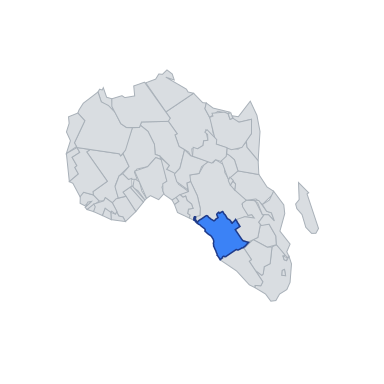 where Angola sits in Africa, rotated 326°
{"feature_id": "AGO", "entity_name": "Angola", "entity_type": "country or territory", "adm_level": 0, "iso_a3": "AGO", "parent_name": "Africa", "parent_adm1": "", "projection": "equal_earth", "projection_center": [17.424, -11.224], "detail": "fine", "context": "in_parent", "style": "filled", "palette": "blue", "viewbox_px": 384, "rotation_deg": 326, "n_neighbors": 49, "source": "natural_earth", "source_scale": "50m", "svg_char_len": 13874}
<svg xmlns="http://www.w3.org/2000/svg" viewBox="0 0 384 384"><g transform="rotate(326 192 192)"><path d="M241.9,200.2L257.2,214.9L257.0,229.8L260.1,237.0L257.7,239.2L243.3,241.7L241.1,233.5L232.4,229.3L229.2,222.1L228.5,214.2L232.6,209.7L231.7,200.9L241.9,200.2Z" fill="#d9dde1" stroke="#a8b0b8" stroke-width="1"/><path d="M121.5,90.8L121.1,96.4L112.0,96.2L111.3,105.8L108.6,106.1L107.9,113.5L96.1,114.8L109.4,89.8L121.5,90.8Z" fill="#d9dde1" stroke="#a8b0b8" stroke-width="1"/><path d="M228.5,214.2L232.4,229.3L226.6,230.0L225.4,242.7L228.9,244.2L229.1,248.4L221.9,242.0L207.4,240.0L206.2,225.1L201.5,223.8L198.3,227.9L193.8,228.2L190.5,219.6L178.4,219.3L182.5,214.2L185.4,216.0L189.6,210.4L194.3,198.2L197.0,179.9L199.7,176.7L208.2,180.6L217.7,175.8L222.7,175.9L225.8,179.6L229.6,178.4L233.9,187.8L230.1,194.1L228.5,214.2Z" fill="#d9dde1" stroke="#a8b0b8" stroke-width="1"/><path d="M264.3,203.1L262.5,185.5L265.8,179.8L274.0,176.8L282.0,165.0L270.0,160.4L266.6,155.0L268.2,151.5L272.5,155.5L291.1,149.3L288.7,164.7L282.2,179.9L264.3,203.1Z" fill="#d9dde1" stroke="#a8b0b8" stroke-width="1"/><path d="M257.2,214.9L241.9,200.2L245.2,189.0L242.1,179.8L245.8,174.8L254.1,182.3L265.0,181.1L262.5,185.5L264.3,203.1L257.2,214.9Z" fill="#d9dde1" stroke="#a8b0b8" stroke-width="1"/><path d="M214.5,164.1L212.2,162.4L211.2,161.3L211.5,156.9L206.7,147.1L209.8,135.1L212.3,135.4L211.9,118.6L215.2,118.6L215.1,111.0L248.5,111.0L250.8,123.9L253.6,126.2L249.3,130.2L248.0,143.3L242.5,154.8L241.8,162.4L238.0,148.5L234.1,158.0L230.2,156.1L227.2,159.6L220.8,159.3L215.9,156.1L212.5,162.6L214.5,164.1Z" fill="#d9dde1" stroke="#a8b0b8" stroke-width="1"/><path d="M211.9,120.2L212.3,135.4L209.8,135.1L206.7,147.1L209.5,152.8L195.3,165.5L187.5,167.3L183.6,159.0L188.0,157.3L185.5,144.2L182.5,140.2L187.5,131.5L189.4,117.1L186.5,107.7L189.3,105.7L211.9,120.2Z" fill="#d9dde1" stroke="#a8b0b8" stroke-width="1"/><path d="M190.7,306.5L192.0,304.7L196.6,308.2L200.5,306.1L200.6,292.4L203.3,300.1L205.3,299.7L210.1,294.3L216.7,295.1L227.6,282.3L232.5,282.9L234.3,290.9L233.8,296.4L231.6,296.0L230.5,299.7L232.0,301.8L236.4,299.7L234.3,307.2L222.8,321.7L216.1,325.9L207.5,325.6L200.8,328.9L196.3,326.6L195.9,317.7L190.7,306.5ZM225.4,307.9L223.0,307.5L219.9,311.3L222.8,313.7L225.4,307.9Z" fill="#d9dde1" stroke="#a8b0b8" stroke-width="1"/><path d="M225.4,307.9L222.8,313.7L219.9,311.3L223.0,307.5L225.4,307.9Z" fill="#d9dde1" stroke="#a8b0b8" stroke-width="1"/><path d="M232.5,282.9L223.6,280.0L216.1,265.7L221.2,266.5L230.6,257.1L237.9,261.8L236.9,275.5L232.5,282.9Z" fill="#d9dde1" stroke="#a8b0b8" stroke-width="1"/><path d="M227.6,282.3L216.7,295.1L210.1,294.3L205.3,299.7L203.3,300.1L200.6,292.4L200.7,281.4L203.5,281.3L203.6,267.7L216.1,265.7L223.6,280.0L227.6,282.3Z" fill="#d9dde1" stroke="#a8b0b8" stroke-width="1"/><path d="M200.7,281.4L200.5,306.1L196.6,308.2L192.0,304.7L190.7,306.5L187.6,301.0L184.8,282.4L177.4,264.1L215.6,265.1L203.6,267.7L203.5,281.3L200.7,281.4Z" fill="#d9dde1" stroke="#a8b0b8" stroke-width="1"/><path d="M95.3,143.2L92.9,138.8L97.6,132.2L102.0,131.6L108.6,139.3L110.1,147.7L95.2,147.9L94.8,144.9L103.5,143.6L95.3,143.2Z" fill="#d9dde1" stroke="#a8b0b8" stroke-width="1"/><path d="M110.1,147.7L108.6,139.3L110.1,136.3L127.8,135.8L127.1,99.9L131.3,99.8L153.1,119.7L153.1,122.2L156.3,121.8L154.1,135.6L140.5,137.9L131.9,143.7L127.5,155.8L119.9,156.4L117.0,148.2L113.9,150.0L110.1,147.7Z" fill="#d9dde1" stroke="#a8b0b8" stroke-width="1"/><path d="M96.1,114.8L107.9,113.5L108.6,106.1L111.3,105.8L112.0,96.2L121.1,96.4L121.5,90.8L131.3,99.8L127.1,99.9L127.8,135.8L110.1,136.3L108.6,139.3L102.0,131.6L96.5,133.4L98.1,118.2L96.1,114.8Z" fill="#d9dde1" stroke="#a8b0b8" stroke-width="1"/><path d="M150.8,171.9L148.4,172.3L147.9,160.6L145.4,155.4L151.6,148.5L154.2,154.3L151.0,163.1L150.8,171.9Z" fill="#d9dde1" stroke="#a8b0b8" stroke-width="1"/><path d="M186.5,107.7L189.4,117.1L187.5,131.5L182.5,140.2L185.5,144.2L184.3,147.5L181.2,143.2L169.4,146.2L159.2,142.2L155.3,143.5L153.7,150.7L146.3,146.1L144.7,138.1L154.1,135.6L156.3,121.8L178.5,105.4L184.5,109.1L186.5,107.7Z" fill="#d9dde1" stroke="#a8b0b8" stroke-width="1"/><path d="M150.8,171.9L156.1,142.6L169.4,146.2L181.2,143.2L185.5,149.1L177.2,169.0L169.8,171.1L167.7,177.7L160.1,179.7L155.5,171.8L150.8,171.9Z" fill="#d9dde1" stroke="#a8b0b8" stroke-width="1"/><path d="M185.2,146.1L188.0,157.3L183.6,159.0L187.9,166.2L185.1,177.9L189.4,189.7L171.0,187.5L167.6,178.8L168.4,174.9L172.4,168.8L177.2,169.0L185.2,146.1Z" fill="#d9dde1" stroke="#a8b0b8" stroke-width="1"/><path d="M145.8,153.3L148.4,172.3L146.0,173.2L143.1,154.5L145.8,153.3Z" fill="#d9dde1" stroke="#a8b0b8" stroke-width="1"/><path d="M143.3,153.2L146.0,173.2L134.5,176.8L134.7,153.5L143.3,153.2Z" fill="#d9dde1" stroke="#a8b0b8" stroke-width="1"/><path d="M119.9,156.4L125.2,155.2L134.9,158.6L134.5,176.8L120.3,179.3L120.8,174.0L117.9,171.0L119.9,156.4Z" fill="#d9dde1" stroke="#a8b0b8" stroke-width="1"/><path d="M103.8,147.1L113.9,150.0L117.0,148.2L119.9,156.4L118.9,166.3L116.2,167.7L114.7,162.9L112.5,163.7L110.9,157.0L104.6,161.5L99.4,153.2L103.8,147.1Z" fill="#d9dde1" stroke="#a8b0b8" stroke-width="1"/><path d="M95.2,147.9L103.8,147.1L103.5,150.2L99.4,153.2L95.2,147.9Z" fill="#d9dde1" stroke="#a8b0b8" stroke-width="1"/><path d="M118.4,166.3L117.9,171.0L120.8,174.0L120.3,179.3L109.6,169.8L113.3,163.4L116.2,167.7L118.4,166.3Z" fill="#d9dde1" stroke="#a8b0b8" stroke-width="1"/><path d="M104.6,161.5L110.9,157.0L113.3,163.4L109.6,169.8L104.6,161.5Z" fill="#d9dde1" stroke="#a8b0b8" stroke-width="1"/><path d="M127.5,155.8L131.1,144.6L140.5,137.9L144.7,138.1L146.3,146.1L149.7,147.0L145.8,153.3L134.7,153.5L134.9,158.6L127.5,155.8Z" fill="#d9dde1" stroke="#a8b0b8" stroke-width="1"/><path d="M222.7,175.9L214.1,176.4L208.2,180.6L199.7,176.7L196.7,182.7L192.9,181.8L189.6,187.6L185.1,175.0L187.5,167.3L195.3,165.5L209.5,152.8L211.2,161.3L222.7,175.9Z" fill="#d9dde1" stroke="#a8b0b8" stroke-width="1"/><path d="M196.7,182.7L194.3,198.2L189.6,210.4L185.4,216.0L179.7,213.9L177.6,216.3L175.2,212.1L177.4,210.0L176.3,207.4L179.5,204.2L183.7,206.2L184.9,201.7L183.2,196.3L184.5,191.8L181.6,191.3L181.0,187.6L189.4,189.7L192.9,181.8L196.7,182.7Z" fill="#d9dde1" stroke="#a8b0b8" stroke-width="1"/><path d="M175.7,187.6L180.6,187.3L181.6,191.3L184.5,191.8L183.2,196.3L184.9,201.7L183.7,206.2L179.5,204.2L176.3,207.4L177.4,210.0L175.2,212.1L168.5,200.9L170.5,192.5L175.8,192.3L175.7,187.6Z" fill="#d9dde1" stroke="#a8b0b8" stroke-width="1"/><path d="M171.0,187.5L175.7,187.6L175.8,192.3L170.5,192.5L171.0,187.5Z" fill="#d9dde1" stroke="#a8b0b8" stroke-width="1"/><path d="M232.4,229.3L239.6,234.5L237.7,250.2L239.2,251.2L230.4,254.4L230.6,257.1L221.2,266.5L210.2,264.9L206.5,259.4L206.7,247.0L212.7,247.1L212.5,239.4L221.9,242.0L229.1,248.4L228.9,244.2L225.4,242.7L225.7,232.5L227.4,229.5L232.4,229.3Z" fill="#d9dde1" stroke="#a8b0b8" stroke-width="1"/><path d="M238.2,232.7L242.6,236.4L243.1,249.7L246.2,253.7L244.1,262.1L242.7,253.7L237.7,250.2L240.3,237.8L238.2,232.7Z" fill="#d9dde1" stroke="#a8b0b8" stroke-width="1"/><path d="M243.3,241.7L251.7,241.9L260.1,237.0L260.9,254.0L256.8,261.8L243.0,273.6L244.2,290.0L237.1,294.6L236.4,299.7L234.3,299.7L232.5,282.9L236.9,275.5L237.9,261.8L230.8,258.6L230.4,254.4L239.2,251.2L242.7,253.7L244.1,262.1L246.2,253.7L243.1,249.7L243.3,241.7Z" fill="#d9dde1" stroke="#a8b0b8" stroke-width="1"/><path d="M234.3,299.7L232.0,301.8L230.5,299.7L231.6,296.0L234.3,299.7Z" fill="#d9dde1" stroke="#a8b0b8" stroke-width="1"/><path d="M231.8,206.0L232.6,209.7L228.5,214.2L227.6,207.7L231.8,206.0Z" fill="#d9dde1" stroke="#a8b0b8" stroke-width="1"/><path d="M285.6,243.7L288.3,257.9L286.3,257.9L276.5,293.0L271.6,295.5L268.0,293.2L266.6,284.9L270.6,272.2L269.6,264.5L271.2,259.9L276.6,258.2L285.6,243.7Z" fill="#d9dde1" stroke="#a8b0b8" stroke-width="1"/><path d="M94.8,144.9L100.0,142.1L103.5,143.6L94.8,144.9Z" fill="#d9dde1" stroke="#a8b0b8" stroke-width="1"/><path d="M172.0,80.1L167.2,66.5L170.0,56.5L172.9,55.1L174.6,57.2L176.8,55.9L174.2,65.7L177.7,69.9L172.0,80.1Z" fill="#d9dde1" stroke="#a8b0b8" stroke-width="1"/><path d="M121.5,90.8L122.0,85.5L143.0,73.0L141.5,62.7L144.2,60.8L151.5,57.6L170.0,56.5L167.2,66.5L171.1,73.6L172.8,83.3L171.2,95.6L173.8,102.0L178.5,105.4L160.3,120.1L153.1,122.2L153.1,119.7L121.5,90.8Z" fill="#d9dde1" stroke="#a8b0b8" stroke-width="1"/><path d="M248.4,140.0L249.3,130.2L253.6,126.2L256.4,134.2L267.8,146.7L265.7,147.3L258.7,139.6L248.4,140.0Z" fill="#d9dde1" stroke="#a8b0b8" stroke-width="1"/><path d="M109.4,89.8L119.9,81.5L121.5,72.0L128.5,66.4L131.7,60.6L141.5,62.7L143.0,73.0L122.0,85.5L121.7,89.8L109.4,89.8Z" fill="#d9dde1" stroke="#a8b0b8" stroke-width="1"/><path d="M248.5,111.0L215.1,111.0L214.7,75.6L225.0,78.1L230.5,75.6L233.3,77.9L239.5,76.8L241.6,83.1L239.9,89.2L234.5,82.1L244.9,103.7L244.6,106.8L248.5,111.0Z" fill="#d9dde1" stroke="#a8b0b8" stroke-width="1"/><path d="M214.0,74.4L215.2,118.6L211.9,120.2L189.3,105.7L184.5,109.1L173.8,102.0L171.2,95.6L173.4,76.2L177.7,69.9L187.8,73.0L189.1,76.2L198.2,80.3L203.0,71.5L214.0,74.4Z" fill="#d9dde1" stroke="#a8b0b8" stroke-width="1"/><path d="M282.0,165.0L274.0,176.8L258.3,183.0L248.4,179.0L238.9,165.9L248.4,140.0L251.8,140.8L252.6,137.9L263.4,143.8L265.7,147.3L264.2,153.1L267.1,153.6L270.0,160.4L282.0,165.0Z" fill="#d9dde1" stroke="#a8b0b8" stroke-width="1"/><path d="M265.7,147.3L268.5,147.9L267.1,153.6L264.2,153.1L265.7,147.3Z" fill="#d9dde1" stroke="#a8b0b8" stroke-width="1"/><path d="M241.9,200.2L229.2,201.8L234.1,181.6L242.1,179.8L243.5,182.5L245.2,189.0L241.9,200.2Z" fill="#d9dde1" stroke="#a8b0b8" stroke-width="1"/><path d="M231.7,200.9L232.7,205.5L227.6,207.7L228.4,202.9L231.7,200.9Z" fill="#d9dde1" stroke="#a8b0b8" stroke-width="1"/><path d="M232.9,182.7L229.6,178.4L224.5,179.1L212.5,162.6L218.0,155.6L220.8,159.3L227.2,159.6L230.2,156.1L234.1,158.0L237.1,153.0L236.1,149.5L239.3,148.7L241.8,162.4L238.9,165.9L245.8,174.8L240.3,181.6L232.9,182.7Z" fill="#d9dde1" stroke="#a8b0b8" stroke-width="1"/><path d="M212.7,239.1L212.7,239.7L212.8,240.4L212.8,240.9L212.9,241.1L212.8,241.4L212.8,241.7L212.7,241.9L212.6,242.1L212.7,242.5L212.6,243.0L212.6,243.5L212.6,244.0L212.7,244.9L212.7,245.2L212.5,245.7L212.4,246.0L212.4,246.4L212.4,246.7L212.6,247.3L212.4,247.4L212.2,247.4L211.6,247.4L210.8,247.4L209.9,247.4L209.1,247.4L208.3,247.4L207.5,247.4L206.8,247.4L206.8,248.0L206.8,249.3L206.8,250.5L206.8,251.8L206.8,253.0L206.8,254.3L206.8,255.5L206.8,256.7L206.8,258.0L206.8,258.9L206.9,260.1L207.2,261.3L207.4,261.5L207.7,261.7L208.1,262.2L208.4,262.6L208.9,263.2L209.5,264.0L210.2,264.7L210.7,265.4L209.8,265.6L208.5,265.9L207.7,266.1L206.7,266.4L206.0,266.5L205.1,266.7L204.7,266.6L204.2,266.6L203.6,266.8L203.2,266.8L202.8,266.7L202.5,266.6L202.2,266.3L201.6,266.2L200.8,266.3L200.0,266.2L199.3,266.1L198.7,266.0L198.4,266.0L198.1,266.0L197.7,265.8L197.4,265.6L197.0,265.1L196.7,264.6L196.5,264.4L195.7,264.4L194.9,264.4L194.4,264.4L193.3,264.4L192.2,264.4L191.1,264.4L190.1,264.4L189.0,264.4L187.9,264.4L186.8,264.4L185.7,264.4L185.1,264.4L184.6,264.4L184.0,264.5L183.9,264.4L183.7,264.4L183.3,264.0L183.0,263.8L182.7,263.4L182.4,263.0L182.2,262.9L181.8,262.9L181.6,262.8L181.3,262.8L180.9,263.0L180.6,263.1L180.4,263.3L180.1,263.5L179.8,263.7L179.2,263.7L178.8,263.7L178.5,263.5L178.2,263.5L177.9,263.8L177.5,263.9L177.5,262.4L177.7,261.8L177.6,261.0L177.6,259.0L177.5,258.7L177.4,258.4L177.7,258.2L177.8,258.0L178.0,257.6L178.2,257.2L178.3,256.1L178.9,253.8L179.2,251.5L179.5,250.4L179.6,249.1L180.6,247.5L180.9,246.6L181.4,246.1L182.1,245.6L182.6,244.7L182.9,244.0L183.2,242.8L183.2,241.6L183.3,239.9L183.3,239.4L183.0,238.7L183.0,238.2L182.7,237.7L182.4,237.4L182.3,236.8L181.8,235.7L181.7,235.1L181.5,234.6L181.4,234.0L181.3,233.4L181.1,232.7L180.8,232.0L180.8,231.8L181.0,231.5L181.1,231.4L181.1,231.6L181.0,231.9L181.9,230.6L181.9,230.4L181.9,230.1L181.9,229.8L181.9,229.4L181.1,227.1L180.4,224.9L180.3,223.8L179.4,222.4L179.1,221.5L178.9,220.8L178.7,220.6L178.8,220.4L179.0,220.4L179.5,220.3L180.2,220.1L180.8,219.7L181.0,219.6L181.3,219.5L181.7,219.6L181.8,219.5L182.7,219.5L183.0,219.5L183.7,219.5L184.1,219.6L184.3,219.6L184.9,219.7L185.6,219.6L185.9,219.6L186.9,219.6L187.9,219.6L188.8,219.5L189.7,219.6L190.5,219.6L190.8,219.7L191.1,219.9L191.3,220.2L191.3,220.3L191.4,220.5L191.6,220.7L191.6,221.0L191.6,221.4L191.6,221.9L191.7,222.5L191.9,223.1L192.2,223.7L192.4,224.2L192.3,224.6L192.4,225.0L192.7,225.4L192.8,225.6L192.9,225.8L193.2,226.4L193.7,227.5L194.0,228.2L194.2,228.3L194.3,228.3L194.7,228.2L195.1,228.2L195.4,228.3L195.5,228.3L195.9,228.0L196.4,227.9L196.8,227.8L197.0,227.7L197.3,227.7L198.0,227.9L198.7,227.9L199.3,227.8L199.4,226.8L199.4,226.6L199.5,226.2L199.7,225.9L199.7,225.5L199.7,225.1L199.8,224.6L200.2,224.2L200.8,224.0L201.2,223.9L201.8,223.8L202.6,223.7L202.9,223.7L202.9,223.8L202.8,224.5L202.8,225.0L203.0,225.1L203.9,225.1L204.7,225.1L205.6,225.2L206.3,225.2L206.5,225.3L206.6,225.7L206.5,226.4L206.4,227.4L206.4,228.4L206.7,229.3L206.7,230.6L206.6,231.5L206.5,232.5L206.4,233.7L206.6,234.2L206.8,234.7L207.2,235.2L207.5,235.9L207.8,236.8L207.8,237.3L207.8,237.5L207.8,237.9L207.9,238.4L207.8,238.8L207.5,239.0L207.6,239.7L207.6,240.1L207.7,240.3L207.8,240.4L208.1,240.3L208.4,240.0L208.6,239.9L208.9,239.9L209.3,240.0L210.1,240.0L210.3,239.9L211.0,239.6L211.5,239.6L211.9,239.7L212.3,239.7L212.5,239.6L212.5,239.4L212.5,239.2L212.7,239.1ZM181.0,214.7L181.0,214.8L180.6,215.0L180.3,215.1L179.8,215.8L179.6,216.1L179.3,216.3L179.2,216.4L179.2,216.5L179.3,216.6L179.4,217.8L179.4,218.9L179.3,219.0L179.0,219.0L178.6,219.1L178.3,218.6L178.4,218.3L178.5,218.0L178.4,217.4L178.2,216.9L178.0,216.3L177.9,216.2L178.1,216.0L178.4,215.5L178.5,215.3L178.8,215.2L179.0,214.8L179.0,214.7L179.3,214.5L179.7,214.3L180.0,214.1L180.2,213.9L180.3,213.9L180.4,214.0L180.7,214.4L180.9,214.7L181.0,214.7Z" fill="#3b82f6" stroke="#1e3a8a" stroke-width="1.5"/></g></svg>